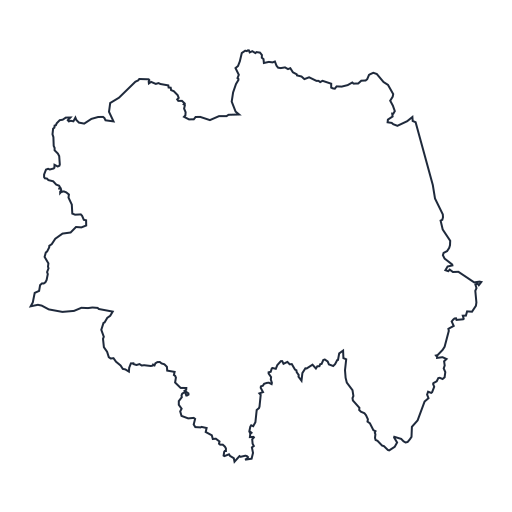 outline of Benito Juárez, Zacatecas, Mexico
{"feature_id": "50627088B40188913949986", "entity_name": "Benito Juárez", "entity_type": "district", "adm_level": 2, "iso_a3": "MEX", "parent_name": "Mexico", "parent_adm1": "Zacatecas", "projection": "mercator", "projection_center": [-103.583, 21.491], "detail": "fine", "context": "isolated", "style": "outline", "palette": "slate", "viewbox_px": 512, "rotation_deg": 0, "n_neighbors": 0, "source": "geoboundaries", "source_scale": "gbopen_adm2", "svg_char_len": 5946}
<svg xmlns="http://www.w3.org/2000/svg" viewBox="0 0 512 512"><path d="M59.7,120.2L56.7,123.3L55.9,125.2L54.6,125.6L54.4,127.6L53.1,128.7L52.5,134.3L53.4,137.1L53.7,145.9L54.6,147.9L54.6,150.3L57.9,153.6L59.2,156.1L59.8,164.4L59.4,165.7L57.7,166.5L54.5,164.8L54.4,167.7L53.6,168.5L49.8,169.5L48.1,168.8L46.0,169.6L44.1,174.5L44.1,177.1L44.9,178.3L47.0,178.6L48.4,180.1L53.2,181.3L56.2,184.6L59.1,185.7L60.5,188.2L58.3,188.8L60.7,188.4L61.3,190.4L60.2,191.6L60.2,193.0L61.0,192.1L63.8,191.4L66.3,192.4L68.9,194.5L68.5,197.6L71.8,204.6L72.3,213.6L75.1,214.7L80.8,214.4L82.1,215.8L83.8,219.8L86.1,220.3L86.2,225.5L81.4,227.4L76.0,227.0L70.6,232.5L62.5,233.6L55.3,238.7L51.7,244.2L49.3,245.8L49.2,247.4L47.1,251.5L45.8,252.5L44.6,256.9L48.4,263.4L48.0,266.7L48.5,268.3L47.1,272.1L47.8,274.1L46.6,280.0L45.4,282.3L43.7,283.5L42.0,283.4L40.1,285.1L39.1,290.9L34.7,292.9L32.8,302.4L30.7,306.3L37.9,304.8L41.7,305.6L48.8,309.4L62.4,311.9L74.0,310.9L81.4,307.8L88.0,308.1L92.4,307.5L97.6,307.9L98.8,309.0L112.7,311.6L110.2,315.8L107.3,317.8L104.6,322.4L103.5,322.9L101.3,329.8L103.8,336.8L103.0,338.8L103.9,347.2L107.1,351.8L108.8,357.2L110.7,358.5L113.5,358.2L116.0,361.7L120.6,365.5L122.8,368.9L125.3,369.4L128.9,371.6L129.2,367.7L130.9,363.4L133.4,363.3L133.5,364.1L136.5,365.0L139.5,364.1L141.7,365.5L144.1,365.2L150.8,366.0L152.7,365.6L153.1,364.6L154.5,365.4L155.4,363.3L157.4,362.1L159.8,362.0L161.5,363.4L164.4,364.3L166.9,366.8L167.2,370.6L174.6,371.9L173.9,375.0L175.2,375.9L175.9,377.6L175.1,382.5L180.6,387.9L186.3,388.0L186.2,389.7L184.7,390.8L188.4,393.4L188.5,394.6L187.0,395.5L186.3,395.5L185.3,392.7L183.9,392.6L182.2,393.7L181.5,395.5L181.8,397.2L178.8,401.1L178.8,404.8L181.6,408.7L180.2,411.4L181.5,415.9L188.2,418.4L193.7,417.9L195.1,418.9L193.7,424.5L195.3,427.1L200.6,427.4L201.5,426.9L206.6,428.0L205.7,432.0L211.8,435.3L212.8,439.0L215.8,438.7L219.5,441.5L219.0,443.7L220.2,444.7L222.8,444.7L224.9,446.6L225.9,448.4L225.9,451.0L224.8,451.0L224.2,451.8L223.6,455.6L224.4,456.1L229.0,454.3L230.0,455.9L233.8,458.2L234.5,461.7L239.5,456.1L240.6,456.8L245.4,455.7L246.9,456.1L248.0,457.1L247.5,458.2L245.1,459.7L251.6,458.7L253.0,452.9L251.9,447.4L253.8,446.0L252.6,443.7L252.2,439.3L253.9,437.4L253.5,436.9L249.9,437.1L250.3,433.7L251.5,432.8L250.6,432.0L249.8,432.5L249.3,431.4L250.3,426.7L251.2,425.3L253.2,426.2L255.4,422.2L256.7,410.0L259.0,408.1L259.5,406.6L260.7,394.9L259.4,393.4L263.0,392.1L260.7,387.8L260.9,386.4L262.9,385.7L264.1,383.8L266.9,382.9L268.8,382.7L271.6,384.1L271.9,382.9L270.8,379.5L271.1,377.1L268.6,373.5L268.6,372.3L270.7,371.8L271.8,368.4L272.5,368.0L275.8,368.8L277.3,365.1L280.9,361.1L282.2,361.1L283.5,363.8L287.4,361.9L289.7,364.3L291.8,364.1L295.0,369.6L296.4,370.3L296.7,372.2L298.7,375.0L298.5,376.7L301.5,380.7L302.4,373.0L305.4,368.3L306.6,368.5L312.5,364.7L315.9,368.5L317.3,366.3L319.4,366.2L320.2,364.2L321.6,363.9L323.3,360.0L324.8,359.5L327.7,361.5L328.9,364.4L333.2,366.0L335.1,364.1L337.2,360.1L338.0,359.9L339.2,353.4L343.1,350.6L343.4,358.1L346.2,359.3L345.0,370.2L345.6,377.8L346.8,382.6L352.5,390.2L353.4,396.0L352.5,398.1L352.9,400.5L359.4,407.8L359.2,410.0L360.9,411.7L364.4,413.2L366.0,415.2L367.9,419.3L367.5,421.6L369.9,423.3L373.4,430.2L375.5,431.2L374.8,432.8L375.4,434.2L375.0,437.9L375.6,440.0L377.5,440.8L382.1,445.6L383.9,446.1L387.9,450.0L389.2,450.4L394.7,446.8L397.1,442.5L394.1,437.5L394.3,436.8L401.2,438.9L403.5,441.3L405.6,442.5L407.6,442.0L409.8,439.4L411.5,436.9L411.9,426.8L417.6,420.4L424.6,401.5L428.5,398.2L427.1,394.6L428.1,391.7L431.2,392.9L432.1,392.2L434.2,386.8L433.1,384.0L433.4,383.1L436.7,381.3L438.3,378.1L439.7,377.8L442.6,379.0L444.6,377.3L445.3,372.1L443.7,368.4L444.7,365.5L444.1,361.3L446.5,359.0L442.5,357.2L437.1,357.9L437.2,357.0L436.0,355.5L437.6,355.1L442.6,349.9L444.6,346.8L448.8,330.9L448.4,328.8L453.7,325.9L451.7,321.5L453.1,319.7L454.5,318.5L456.0,318.3L456.5,319.9L463.1,319.3L463.7,318.8L462.8,315.7L465.9,315.6L467.1,311.4L472.0,311.7L475.9,305.8L476.4,302.5L475.3,290.8L476.5,288.1L475.4,284.5L477.7,283.7L478.8,285.2L481.3,282.0L479.6,281.6L474.2,282.4L458.4,271.8L452.9,272.0L449.7,269.6L448.3,271.2L445.4,270.2L447.6,266.5L452.4,265.4L452.2,264.5L444.6,258.6L442.9,255.2L443.6,252.9L447.1,251.1L449.2,247.9L450.0,245.2L450.2,240.8L442.7,229.5L440.6,220.6L442.3,219.8L443.0,217.2L442.8,214.4L435.0,198.5L432.8,185.0L415.6,122.2L412.7,121.0L412.4,117.0L407.2,121.2L397.4,125.8L393.2,124.2L391.7,122.9L387.6,122.3L387.9,119.6L392.6,116.5L392.2,113.6L393.3,113.7L394.8,111.1L392.9,105.7L390.2,100.7L392.7,96.7L393.2,94.1L388.0,84.9L383.5,82.0L376.8,74.0L373.3,72.8L370.2,74.2L369.0,74.9L367.2,79.2L365.6,80.5L361.3,80.7L358.2,83.5L353.5,83.6L352.3,82.5L347.7,85.1L341.7,86.6L336.6,86.4L334.8,88.7L332.9,88.4L331.2,87.6L331.2,83.7L322.5,80.8L320.2,82.1L318.6,80.9L316.5,80.9L309.1,77.3L304.4,79.1L301.5,76.5L297.0,75.4L296.7,74.3L292.9,72.3L290.3,68.2L288.0,69.1L285.0,67.4L280.7,68.1L278.1,67.7L276.5,65.7L274.9,61.5L272.6,62.4L268.8,61.9L263.9,63.0L263.5,59.1L261.8,57.7L261.9,55.0L260.0,52.6L256.5,52.1L255.4,53.1L252.3,51.2L249.7,52.4L248.9,50.4L248.0,50.3L246.8,51.1L245.2,50.7L241.8,53.0L239.8,61.4L238.0,66.0L235.5,68.1L238.8,74.8L237.5,78.1L238.4,78.9L238.4,80.0L236.0,84.0L233.1,92.4L231.7,101.6L235.6,111.6L239.1,114.5L228.5,114.8L226.6,116.1L219.1,116.1L209.9,120.1L200.2,116.9L195.6,117.0L193.8,119.3L189.0,119.4L184.0,116.8L185.4,115.3L185.6,112.2L184.1,108.6L184.9,105.1L183.7,104.3L184.6,103.4L182.0,100.9L178.3,100.9L177.2,99.4L178.7,97.9L177.7,95.2L173.8,91.2L171.1,90.1L170.7,87.7L168.6,87.5L168.3,85.4L160.4,84.0L158.5,83.1L155.8,83.9L151.1,81.9L148.9,83.4L148.7,81.5L149.3,80.1L148.6,79.3L139.3,79.0L138.2,80.4L135.4,81.7L119.0,97.7L110.2,103.0L109.0,111.8L113.5,121.4L105.5,120.3L104.4,118.0L103.0,116.9L98.1,117.0L91.4,118.9L84.2,123.6L78.9,122.6L76.3,119.9L75.4,117.6L73.4,121.3L70.8,120.8L68.8,121.4L67.8,120.2L70.4,117.5L65.8,117.6L62.7,119.7L59.7,120.2Z" fill="none" stroke="#1e293b" stroke-width="2"/></svg>